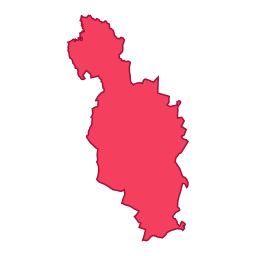 outline of Chalán, Sucre, Colombia
{"feature_id": "7082276B25475067985173", "entity_name": "Chalán", "entity_type": "district", "adm_level": 2, "iso_a3": "COL", "parent_name": "Colombia", "parent_adm1": "Sucre", "projection": "robinson", "projection_center": [-75.337, 9.572], "detail": "fine", "context": "isolated", "style": "filled", "palette": "rose", "viewbox_px": 256, "rotation_deg": 0, "n_neighbors": 0, "source": "geoboundaries", "source_scale": "gbopen_adm2", "svg_char_len": 5636}
<svg xmlns="http://www.w3.org/2000/svg" viewBox="0 0 256 256"><path d="M67.9,42.2L68.8,43.7L68.8,44.5L68.3,45.7L68.3,46.7L68.0,47.3L68.4,48.1L68.4,48.5L68.2,48.8L68.1,49.4L68.1,50.8L68.2,51.3L69.0,52.5L69.2,53.3L69.1,54.6L69.3,55.9L69.8,57.8L70.0,58.2L70.6,58.5L71.2,58.6L71.8,59.3L72.4,60.4L72.8,62.7L73.1,63.5L73.9,64.0L74.3,64.7L74.5,65.3L75.3,66.0L75.3,66.6L75.0,67.3L75.1,67.9L76.1,68.3L76.9,68.3L77.4,68.7L77.8,70.4L78.3,71.1L77.9,72.1L78.0,73.6L78.4,75.1L79.0,76.3L80.0,77.1L80.6,77.9L81.0,78.7L81.5,79.2L82.4,79.4L83.6,79.4L85.0,78.5L83.9,76.8L82.9,75.7L86.3,70.5L90.7,74.3L91.0,77.8L96.3,76.6L98.5,75.8L98.7,76.0L98.9,76.9L99.7,78.3L100.4,79.0L101.6,79.6L101.1,81.5L102.5,82.8L103.0,88.0L103.4,88.2L103.8,88.2L103.9,88.4L104.1,89.9L104.1,90.8L103.8,91.3L103.3,91.8L101.1,93.0L100.9,93.4L100.0,94.3L99.0,95.1L95.7,100.3L95.7,100.6L96.8,100.5L98.2,100.8L97.9,106.4L97.6,106.7L96.2,106.9L94.9,107.3L92.3,108.7L92.9,113.8L92.7,114.4L91.1,117.3L92.4,118.3L92.2,119.5L91.8,123.6L91.3,125.5L90.1,127.3L89.5,129.4L88.5,131.1L88.4,134.6L88.1,135.0L86.7,135.9L86.5,136.3L86.9,137.6L90.1,142.3L91.6,143.8L96.0,148.0L96.8,148.5L97.4,148.6L97.8,148.9L97.9,149.5L97.3,153.0L97.2,154.7L97.7,160.8L96.8,161.4L96.8,162.0L98.2,165.3L98.6,167.5L98.7,169.4L98.4,173.6L97.8,176.8L96.7,179.1L97.0,179.7L98.3,181.2L99.5,182.1L105.0,184.4L107.1,185.8L108.5,186.4L110.0,187.8L111.1,188.4L113.2,189.7L115.1,190.0L119.9,191.1L121.3,191.2L122.8,190.7L124.2,189.6L124.9,194.2L123.4,198.0L121.8,203.3L122.6,203.5L124.7,204.7L126.7,205.1L129.0,205.8L131.7,207.1L134.3,208.9L135.6,209.4L138.8,211.1L138.5,211.9L138.0,212.8L136.1,215.2L135.1,216.1L134.4,216.5L138.8,222.4L139.1,222.6L140.0,222.6L140.8,223.6L140.8,223.8L140.1,224.4L139.1,227.4L145.6,229.5L144.3,235.1L142.7,240.2L143.1,240.0L146.1,240.6L146.8,240.6L147.5,240.3L149.3,238.6L150.1,237.4L150.9,236.7L151.9,236.1L153.0,235.6L153.8,235.5L154.3,235.6L154.8,236.1L156.2,236.1L157.0,236.8L162.1,237.8L162.5,237.7L165.7,235.0L166.6,233.2L167.2,232.5L170.6,230.6L176.7,228.7L178.4,228.6L179.0,228.7L179.0,228.9L180.3,228.9L182.2,229.5L182.7,230.2L182.9,229.8L183.4,229.8L184.3,228.4L184.3,227.7L184.1,227.3L183.2,226.5L183.6,225.8L184.4,226.0L185.3,224.1L183.6,222.6L181.9,221.5L180.8,223.2L180.0,225.7L179.6,226.3L179.3,226.2L178.6,225.5L178.2,224.6L177.3,224.0L177.0,221.3L176.0,220.2L175.6,219.5L175.5,219.0L175.2,218.7L174.6,218.9L174.3,218.7L173.1,217.6L172.6,216.8L174.1,214.5L176.0,212.3L176.7,211.8L179.0,210.8L179.6,210.1L179.7,209.5L179.1,208.3L177.5,206.8L177.7,202.4L177.9,200.7L179.0,196.1L180.3,192.3L182.5,183.3L184.5,183.8L184.9,184.0L185.4,184.5L186.6,187.5L187.5,186.6L187.9,185.3L188.0,184.2L187.9,182.4L186.4,179.0L185.7,178.1L185.0,177.5L183.1,176.8L182.8,176.6L182.0,174.9L179.8,169.0L179.3,168.0L178.6,166.9L177.4,165.3L176.5,163.7L175.6,162.5L175.0,162.2L175.2,160.6L175.4,160.2L175.6,158.8L176.0,157.8L176.5,156.7L177.6,155.9L178.8,153.7L181.0,152.8L188.1,141.5L186.4,139.9L186.0,139.7L185.5,139.8L184.9,139.4L183.0,138.9L182.3,138.0L181.8,136.8L181.5,136.5L181.5,136.2L182.0,135.8L183.3,135.6L183.8,135.3L184.2,134.7L186.2,129.5L181.3,126.3L184.2,121.0L181.7,117.3L177.7,118.0L177.5,115.4L177.6,112.7L178.0,109.7L177.6,108.8L177.6,108.0L178.1,106.3L180.4,103.1L180.6,102.7L180.6,102.1L180.2,101.4L179.7,101.0L179.0,100.9L178.1,101.2L177.0,101.9L177.0,103.7L177.2,104.4L177.2,104.7L176.9,105.1L171.8,106.1L170.4,106.7L167.1,105.0L168.6,102.7L168.8,102.8L169.0,102.5L168.9,98.5L169.3,96.5L169.1,96.3L157.8,93.1L157.8,91.8L158.2,77.1L155.0,80.3L154.4,81.5L153.5,81.8L152.5,81.7L151.2,81.3L149.6,80.5L145.5,79.1L144.6,79.3L143.7,80.1L143.1,81.4L142.6,83.3L141.4,82.9L138.6,82.9L137.1,83.1L135.0,83.8L133.8,84.4L133.4,84.8L131.5,83.0L130.9,82.1L130.6,81.3L130.3,78.6L130.1,75.2L129.5,72.4L129.3,67.2L130.2,63.0L130.2,62.3L129.7,61.7L128.3,61.2L127.7,61.2L126.9,61.5L125.8,61.5L124.6,61.0L124.2,60.5L123.5,60.6L123.1,61.0L123.0,60.8L122.5,61.0L121.8,60.9L121.6,60.6L121.6,59.3L121.1,58.8L120.0,58.6L119.3,57.6L119.3,56.7L119.0,56.3L119.1,55.6L119.0,54.9L119.1,54.7L120.8,53.6L121.1,52.8L121.7,51.9L122.3,51.9L122.4,51.7L122.8,49.4L122.7,48.6L122.8,46.8L122.7,45.4L122.9,44.4L123.3,43.8L123.6,42.6L123.9,41.7L124.4,39.9L123.4,38.5L122.9,38.0L121.5,37.5L120.7,37.5L120.4,38.3L119.6,38.5L119.3,38.8L118.7,38.5L117.6,38.4L116.6,38.0L116.0,36.8L115.4,36.2L114.6,35.8L114.4,35.5L114.2,34.0L113.4,30.7L111.4,28.7L110.1,28.7L109.7,28.5L109.7,28.2L109.7,27.6L109.3,27.1L109.6,25.8L109.2,24.0L107.9,23.5L106.7,22.7L106.4,21.6L106.3,21.4L105.1,21.0L104.0,22.3L103.0,22.1L102.3,22.6L102.0,22.7L101.5,21.7L99.9,21.3L99.4,20.8L99.0,19.9L97.6,19.0L96.5,18.7L96.4,18.8L96.4,19.6L95.0,20.0L94.6,19.9L93.5,18.6L92.6,18.7L92.2,18.7L90.4,15.6L90.2,15.4L89.2,15.8L88.5,15.4L87.7,16.5L87.3,16.8L86.9,17.6L86.7,17.7L85.9,17.4L84.8,17.5L83.9,17.1L82.6,17.0L81.8,15.8L81.6,15.7L81.4,16.0L80.9,18.9L80.6,20.1L80.2,20.3L81.0,21.2L81.7,21.3L82.0,21.6L81.9,22.0L81.5,22.8L81.4,23.5L81.5,23.7L82.5,24.3L81.5,25.1L81.5,25.7L81.9,26.0L82.7,26.2L83.0,26.4L82.9,26.7L82.4,27.5L82.4,28.2L82.6,28.5L83.7,29.1L84.3,30.9L84.2,31.4L83.7,31.8L82.8,31.1L82.3,31.1L81.9,31.6L82.0,32.8L81.9,33.0L81.6,33.0L80.8,32.7L80.0,33.0L79.8,33.3L80.1,34.4L80.1,36.4L80.8,37.1L81.8,37.6L82.1,37.9L82.2,38.6L82.1,39.8L81.9,40.3L81.1,40.3L80.6,40.1L80.3,39.7L80.1,39.0L80.2,38.7L80.9,38.3L80.9,38.1L80.0,37.5L78.9,37.6L78.2,38.0L78.3,38.4L79.1,39.2L79.0,39.7L78.5,40.1L77.8,40.1L77.1,39.9L76.5,40.5L76.1,40.5L75.9,39.6L75.6,39.2L75.3,39.5L75.5,40.3L75.4,41.0L75.2,41.2L74.9,41.4L74.6,41.1L74.5,40.2L74.1,39.4L73.3,39.2L72.5,39.7L72.3,40.3L72.0,40.6L70.9,41.0L69.6,41.9L67.9,42.2Z" fill="#f43f5e" stroke="#9f1239" stroke-width="1.5"/></svg>